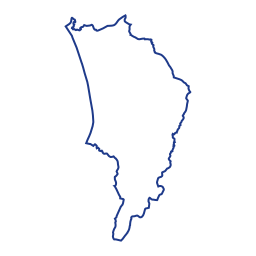 Ky Son, Hòa Bình, Vietnam (Mercator projection)
{"feature_id": "81297802B6810559606516", "entity_name": "Ky Son", "entity_type": "district", "adm_level": 2, "iso_a3": "VNM", "parent_name": "Vietnam", "parent_adm1": "Hòa Bình", "projection": "mercator", "projection_center": [105.394, 20.901], "detail": "fine", "context": "isolated", "style": "outline", "palette": "blue", "viewbox_px": 256, "rotation_deg": 0, "n_neighbors": 0, "source": "geoboundaries", "source_scale": "gbopen_adm2", "svg_char_len": 5691}
<svg xmlns="http://www.w3.org/2000/svg" viewBox="0 0 256 256"><path d="M65.7,26.4L71.9,35.8L72.5,37.7L76.6,47.6L81.7,63.0L81.9,63.4L83.2,67.7L84.7,73.3L87.3,81.9L88.1,85.8L90.4,99.6L92.4,110.7L92.9,115.2L93.3,121.2L93.3,122.3L92.6,126.2L90.5,133.0L89.2,136.2L87.5,139.9L86.2,143.2L89.8,144.0L90.4,144.0L93.3,145.9L94.7,144.4L94.9,144.3L95.3,144.4L96.7,145.8L96.6,147.7L96.7,148.0L96.8,148.3L98.0,147.7L99.2,148.8L99.3,149.0L99.3,149.4L99.1,150.0L99.1,150.3L99.2,150.5L99.4,150.7L101.0,151.1L101.8,150.7L102.4,151.4L102.6,152.4L103.3,153.3L103.9,153.7L104.4,153.8L106.1,153.5L106.8,153.5L107.2,153.8L108.9,156.0L109.8,156.6L110.6,157.0L112.0,156.9L113.6,156.4L114.9,157.9L115.8,158.5L116.0,158.9L116.2,159.0L117.2,160.4L117.6,161.3L117.8,162.3L118.0,164.5L118.5,167.1L118.4,167.7L118.2,168.5L117.7,169.5L117.0,170.5L116.6,171.5L117.0,172.3L117.6,173.7L117.6,174.0L116.5,175.5L115.7,176.3L114.9,176.8L114.8,177.2L114.9,179.5L115.8,181.6L116.1,183.0L116.0,184.2L115.7,185.1L115.0,185.9L114.5,186.0L114.8,186.3L116.4,189.2L119.0,194.8L120.2,196.8L120.2,198.4L122.9,199.0L123.4,199.2L123.7,199.6L123.5,200.8L123.0,203.3L122.5,204.7L121.8,205.4L121.2,206.3L120.8,206.7L116.7,215.9L116.4,217.3L114.9,218.7L115.6,220.0L115.7,220.3L115.6,221.2L115.8,221.6L115.3,222.5L115.3,222.9L115.5,223.8L115.6,225.1L115.5,226.2L115.4,226.8L114.0,229.3L113.3,231.4L113.0,232.6L113.3,233.6L113.3,234.1L113.1,235.3L112.9,236.6L113.1,237.4L113.3,238.0L113.6,238.7L114.2,239.4L115.9,239.4L121.0,240.6L122.6,239.0L125.1,235.6L126.3,234.2L127.1,233.0L127.5,232.7L127.7,232.0L128.3,231.1L129.1,229.3L129.6,227.2L129.7,226.1L130.1,225.2L130.1,224.0L130.4,221.7L131.0,219.5L131.4,218.9L131.4,218.4L131.2,217.8L131.3,217.4L131.7,216.8L132.3,216.4L134.0,216.3L135.0,216.1L135.9,215.8L136.8,215.6L137.4,215.6L138.1,216.0L139.7,217.2L140.6,217.3L141.1,217.2L141.9,216.8L142.3,216.3L143.1,215.4L143.3,214.8L143.9,213.5L145.0,209.4L145.2,208.9L145.7,208.5L146.7,208.3L148.8,207.8L149.0,206.3L149.3,204.0L149.3,203.4L148.5,201.4L148.5,200.7L148.6,200.1L148.6,199.4L148.8,198.9L149.5,197.8L149.9,197.9L151.5,199.3L152.4,199.6L153.2,199.6L155.6,200.0L157.1,200.1L157.3,199.9L157.9,198.2L159.0,195.8L159.3,195.2L159.9,194.7L160.9,194.3L161.5,194.2L161.9,193.7L163.4,190.6L163.8,189.8L163.7,188.8L162.8,187.1L162.4,186.7L161.4,186.2L160.5,186.0L159.7,186.0L158.3,186.5L157.2,183.4L157.0,182.5L157.1,181.8L158.1,178.3L158.7,177.7L159.9,177.2L161.2,176.8L162.1,176.0L162.3,175.5L162.1,172.9L162.1,172.6L162.3,172.3L164.7,171.3L165.4,170.8L165.8,170.2L167.2,168.5L168.2,168.2L169.7,167.2L170.0,166.8L170.5,165.8L170.7,165.0L170.6,163.9L170.3,163.1L170.3,162.1L170.6,161.5L170.6,161.2L169.8,160.5L169.2,159.8L168.8,159.1L168.8,158.5L170.2,156.4L170.4,155.7L170.0,154.3L170.0,154.0L170.2,153.7L170.8,152.8L171.0,151.8L171.2,151.5L171.9,151.5L172.3,151.3L172.1,150.8L172.5,150.2L173.0,148.8L173.6,147.7L173.6,147.1L173.4,146.6L173.4,146.4L173.6,146.1L174.2,146.0L174.4,145.8L174.4,145.6L174.3,145.3L173.6,145.3L173.5,145.1L173.9,143.8L173.9,143.4L173.9,142.2L174.1,142.0L174.6,142.2L174.8,142.1L174.4,141.4L174.5,139.4L174.4,138.7L174.0,138.4L173.1,137.9L172.8,137.4L172.8,136.0L172.5,135.1L172.5,134.5L172.8,133.9L173.1,134.1L173.4,134.3L173.7,134.4L174.2,134.3L174.5,134.0L174.7,133.5L175.2,133.0L175.7,132.8L176.3,132.5L176.8,132.5L176.9,131.5L177.0,131.3L177.5,130.7L177.7,129.6L179.0,128.2L179.2,127.9L179.3,127.4L179.3,126.0L179.6,125.7L180.5,125.2L180.5,124.7L180.2,123.8L180.2,123.5L180.5,123.1L181.1,122.5L181.4,122.0L181.7,121.0L183.1,119.3L183.6,118.3L183.7,117.9L183.6,117.1L182.8,115.9L182.8,115.5L183.2,115.0L183.8,114.3L183.9,113.6L185.5,111.4L186.1,110.1L186.8,106.6L187.1,104.1L187.8,101.0L187.8,100.6L186.4,98.7L186.2,98.4L186.2,98.0L186.9,95.7L187.3,94.7L188.2,93.6L190.1,92.4L190.3,92.1L190.2,91.8L189.6,91.2L189.2,90.5L188.7,89.2L188.5,88.4L188.7,86.2L187.0,85.3L185.5,83.2L184.6,82.8L183.6,82.2L183.3,81.7L181.6,80.2L179.6,79.3L173.8,77.4L173.7,75.9L172.6,73.2L172.6,71.3L172.2,70.2L170.2,66.9L169.0,65.4L167.6,62.6L166.6,60.9L166.1,60.0L165.0,58.4L163.3,56.5L161.8,55.2L161.0,54.7L158.4,53.8L157.1,53.5L155.7,53.0L155.0,52.6L154.8,52.3L154.9,52.1L154.8,51.6L154.4,51.1L154.2,50.7L154.3,49.2L154.2,48.8L154.0,48.3L153.4,47.2L153.3,46.8L153.2,45.7L153.5,45.4L153.5,45.1L153.2,44.8L152.7,44.5L151.9,43.7L151.8,43.1L152.2,42.7L151.9,42.4L151.7,41.8L151.3,41.8L151.1,41.2L151.4,40.1L151.4,39.7L150.9,39.5L150.2,39.4L149.7,39.6L147.9,39.2L146.0,39.2L145.0,39.3L144.9,39.3L144.6,38.7L144.1,38.5L143.3,38.7L142.3,38.7L139.7,39.2L138.9,39.2L137.9,39.0L135.8,37.7L135.6,37.5L134.1,36.9L133.0,36.3L132.1,35.8L131.3,35.1L131.0,35.0L130.5,34.9L130.6,34.4L130.6,34.0L129.2,31.5L129.2,30.9L129.5,29.9L129.6,29.1L129.5,27.4L129.6,26.4L129.8,25.9L130.7,24.6L129.5,24.4L128.6,23.9L125.5,22.0L124.9,21.4L124.7,21.0L124.7,19.3L125.4,18.1L125.6,17.7L125.6,15.8L125.4,15.4L122.6,17.0L119.1,19.5L118.1,20.6L116.1,23.4L115.0,24.5L114.1,25.1L112.8,25.5L111.3,25.7L107.5,25.9L103.0,28.4L99.8,29.8L97.6,30.7L97.0,30.7L96.4,30.5L96.1,29.8L95.9,29.7L94.7,29.6L93.9,28.6L92.9,25.9L92.3,25.1L91.9,24.9L91.7,24.8L90.0,25.5L86.7,25.9L85.9,25.7L84.2,25.1L83.5,26.2L83.0,26.7L82.8,26.9L82.4,27.0L81.4,27.1L80.3,28.0L80.2,28.2L80.2,28.4L80.7,28.6L80.9,28.8L81.0,29.1L80.7,29.5L79.7,30.3L79.2,30.3L77.0,29.6L76.3,30.0L75.8,30.1L75.2,29.8L74.4,29.1L74.0,29.1L73.4,29.3L73.0,29.3L72.7,28.9L72.4,28.2L72.0,28.1L72.1,27.6L72.4,27.3L73.3,27.1L73.6,26.8L73.8,26.0L73.7,25.4L74.1,24.9L74.2,24.7L73.8,24.4L73.5,24.0L73.4,23.5L73.5,22.6L73.7,22.2L74.2,21.9L74.5,21.9L75.0,22.3L75.3,22.0L75.3,21.4L74.8,19.7L74.3,19.5L73.5,19.0L72.8,18.3L72.0,17.8L71.8,17.9L71.5,18.7L71.1,21.5L70.6,22.7L69.4,23.9L65.7,26.4Z" fill="none" stroke="#1e3a8a" stroke-width="2"/></svg>